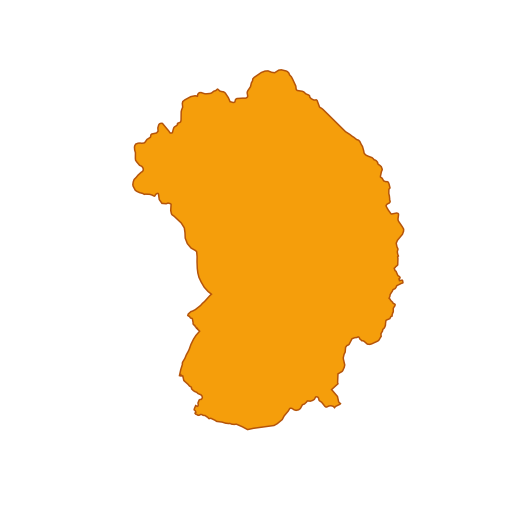 the district of Baños de Agua Santa, Tungurahua, Ecuador, rotated 315°
{"feature_id": "8360857B58135855754809", "entity_name": "Baños de Agua Santa", "entity_type": "district", "adm_level": 2, "iso_a3": "ECU", "parent_name": "Ecuador", "parent_adm1": "Tungurahua", "projection": "albers", "projection_center": [-78.297, -1.33], "detail": "fine", "context": "isolated", "style": "filled", "palette": "amber", "viewbox_px": 512, "rotation_deg": 315, "n_neighbors": 0, "source": "geoboundaries", "source_scale": "gbopen_adm2", "svg_char_len": 6142}
<svg xmlns="http://www.w3.org/2000/svg" viewBox="0 0 512 512"><g transform="rotate(315 256 256)"><path d="M403.6,140.7L398.8,139.6L396.9,137.1L395.4,133.6L393.1,131.6L389.5,130.0L381.0,128.4L379.0,128.5L377.4,129.7L375.2,130.3L371.8,132.4L367.2,133.3L365.9,133.8L365.1,134.4L363.2,137.1L362.1,137.6L360.4,137.2L358.0,134.8L353.9,131.2L353.0,130.9L352.1,130.9L350.1,132.1L349.1,131.9L348.3,131.2L346.8,128.5L348.4,124.5L349.5,119.1L349.4,118.0L349.1,116.9L348.1,115.6L347.1,113.9L346.9,110.9L346.5,110.7L344.6,110.6L342.6,109.6L339.8,109.3L338.5,108.6L335.1,105.8L334.3,104.7L332.7,101.5L331.5,100.5L330.5,100.3L329.1,100.5L327.6,101.6L327.3,101.5L327.3,101.1L326.7,100.2L325.9,99.4L322.6,97.2L316.2,95.3L313.5,95.0L311.8,96.0L309.4,98.9L306.7,100.1L305.1,101.1L299.0,107.0L298.0,107.6L297.5,107.8L296.8,107.8L294.6,106.8L294.0,106.9L293.8,107.4L293.0,107.6L292.0,107.6L289.7,107.1L288.9,107.1L287.5,107.7L284.4,109.5L283.7,109.6L282.8,109.0L282.4,108.4L282.3,107.9L282.7,105.9L283.6,96.1L282.9,95.2L282.0,94.6L281.1,94.3L279.9,94.5L277.2,96.0L275.0,98.5L272.7,98.7L268.5,96.0L267.4,96.0L265.5,97.3L265.0,97.3L261.3,96.5L257.8,97.1L256.7,96.9L254.9,95.5L254.1,94.4L252.5,92.9L250.1,91.8L248.2,92.3L247.0,93.1L245.2,95.2L243.8,97.7L239.8,101.6L238.6,103.1L238.2,105.1L237.8,109.5L238.6,111.7L238.5,113.2L237.9,114.7L236.6,115.8L235.2,115.9L234.0,115.6L230.0,115.4L226.8,115.7L224.1,115.7L223.5,115.9L221.6,116.8L219.4,118.4L218.5,119.7L217.1,124.2L217.5,126.2L218.5,128.9L220.1,131.6L220.6,133.4L221.7,134.2L224.5,137.3L225.6,139.4L226.4,141.8L226.9,142.0L228.3,141.6L229.6,141.6L230.7,142.1L230.9,142.4L231.0,142.8L230.7,143.4L227.5,147.7L226.7,152.3L229.4,155.5L231.3,156.4L232.5,158.5L232.5,159.4L227.8,163.6L226.1,166.3L225.8,167.5L226.2,169.9L226.5,179.7L225.2,185.4L222.2,189.4L218.6,193.3L216.2,198.7L215.7,204.5L217.1,209.5L217.0,211.1L213.9,214.8L210.3,218.3L205.6,223.4L202.8,227.0L200.5,230.9L200.1,232.1L198.8,235.7L197.3,241.5L197.0,247.2L197.5,251.5L195.3,251.4L187.4,251.8L184.6,251.6L182.0,251.8L175.1,251.0L172.0,250.0L170.8,249.3L167.1,249.1L165.7,249.8L165.7,250.1L165.9,251.0L166.3,251.5L165.9,253.0L166.0,254.0L166.6,254.8L166.6,255.4L164.3,258.8L163.5,259.5L163.3,260.9L163.6,261.8L163.1,262.9L163.2,264.1L162.8,265.1L163.4,265.5L163.3,266.0L162.8,266.6L163.0,267.6L163.0,269.3L157.3,269.7L153.1,270.6L147.5,272.5L142.9,274.7L140.7,275.5L136.9,276.6L133.3,278.1L129.0,279.2L128.1,279.7L127.3,280.6L122.5,283.1L117.7,286.2L118.1,286.4L117.8,286.8L118.7,286.9L118.1,287.8L118.6,288.2L119.0,288.1L119.4,289.1L118.8,289.8L118.8,290.2L118.1,291.1L117.1,292.7L117.1,293.2L116.9,293.3L117.2,298.7L117.0,300.9L117.5,302.9L117.3,303.5L116.5,304.3L116.5,306.9L116.9,308.7L117.7,310.5L117.7,312.1L118.3,313.8L119.0,315.2L118.8,315.6L118.8,317.0L117.9,318.2L117.0,318.6L115.9,318.7L115.2,318.0L114.2,317.6L113.3,317.9L111.0,318.9L109.9,320.5L108.8,321.0L108.1,320.8L107.6,319.1L104.6,320.3L103.5,321.0L103.7,322.3L103.0,324.0L102.0,323.9L101.6,324.2L101.6,325.4L102.1,326.4L102.2,327.2L102.6,327.9L103.4,328.5L104.8,328.9L105.2,329.4L105.6,329.8L105.9,331.2L107.3,333.0L107.4,334.7L107.8,335.5L107.7,337.6L107.9,337.9L109.3,338.8L110.9,343.3L111.2,345.1L114.6,349.5L116.2,352.6L118.4,355.4L119.1,355.8L119.9,357.7L121.5,359.7L123.2,361.0L125.6,367.1L127.3,372.8L132.3,376.0L148.9,388.6L152.5,389.6L158.9,390.2L162.8,389.0L169.3,388.4L172.0,387.7L172.9,388.1L173.7,389.3L174.2,391.8L175.2,393.5L177.4,394.9L179.5,395.2L183.7,394.0L185.6,394.9L188.3,395.0L189.8,394.8L191.8,397.1L194.0,398.2L195.9,398.6L198.3,397.9L198.9,398.0L199.6,398.8L199.9,399.6L199.8,400.5L198.6,402.6L198.5,403.2L199.0,405.9L198.4,411.1L198.7,412.4L199.7,413.0L201.3,413.5L203.1,414.8L204.3,416.9L204.3,418.8L205.2,418.6L206.5,418.8L210.2,420.1L211.1,420.2L211.4,420.1L211.2,418.7L211.3,417.6L214.3,412.9L215.0,403.9L223.6,404.3L224.2,403.2L230.6,397.3L235.3,398.5L236.3,398.4L239.7,397.1L241.7,395.8L244.8,390.8L245.7,389.7L248.7,387.8L251.1,387.0L254.8,383.9L257.0,383.6L258.4,384.2L259.3,384.3L265.4,382.4L268.1,383.6L269.6,384.9L271.1,385.4L271.3,385.8L271.3,386.6L270.7,388.5L270.9,389.4L270.9,390.8L271.7,391.5L272.1,392.7L272.4,397.0L273.9,398.9L275.6,399.9L282.1,402.3L283.5,402.4L287.0,401.4L287.5,401.5L289.4,399.3L292.5,398.5L293.6,397.6L295.8,397.6L297.1,397.2L298.7,396.4L299.5,395.6L302.1,393.6L302.8,393.5L306.3,394.9L308.6,394.2L309.8,394.7L310.8,393.7L311.9,393.3L312.3,392.8L313.3,392.7L314.2,392.0L315.8,390.3L316.6,389.9L319.1,389.4L320.1,388.6L320.1,388.0L319.6,386.7L319.6,386.1L319.9,385.3L319.8,382.9L320.3,381.0L320.2,380.0L322.3,379.1L323.6,378.1L327.7,377.2L328.9,376.7L329.7,376.8L330.8,377.3L331.7,377.4L333.4,377.0L334.5,376.5L339.6,378.2L340.6,378.8L341.0,378.8L342.2,377.2L342.3,376.4L340.0,374.9L340.9,373.3L341.5,373.6L342.6,373.1L342.8,372.8L342.8,371.4L342.5,370.4L342.7,369.6L344.2,365.8L344.0,364.6L345.1,362.4L346.6,362.5L347.3,362.3L348.0,362.5L349.9,362.5L354.5,358.2L355.6,356.7L356.7,356.7L357.3,355.2L358.6,353.3L359.3,352.6L360.9,351.8L361.5,351.1L362.2,349.1L364.2,346.1L367.2,344.9L374.9,344.2L377.9,342.8L379.4,341.4L380.1,338.9L381.3,332.5L381.7,331.3L382.6,330.2L386.0,327.6L386.5,326.9L386.5,326.3L385.9,325.1L381.6,322.2L381.3,321.5L382.1,316.7L383.1,313.2L383.5,312.4L384.5,312.1L385.7,312.1L387.8,312.8L388.9,312.6L389.6,312.1L390.2,310.7L390.7,310.4L392.8,307.8L394.1,305.7L397.1,302.8L398.9,302.6L400.9,299.3L401.7,297.4L401.3,296.1L400.3,295.2L399.4,293.1L400.2,290.2L399.8,288.2L400.5,287.5L404.4,285.0L406.2,284.3L406.8,283.5L407.7,281.5L407.7,279.9L407.3,277.5L407.6,276.5L408.2,275.8L408.4,273.8L408.2,272.7L407.5,271.3L407.7,270.4L407.6,268.5L405.8,264.5L405.1,262.5L405.0,261.2L405.3,259.5L406.5,257.8L408.7,253.9L409.4,251.2L410.4,248.4L410.4,246.6L409.5,244.8L409.1,241.1L408.7,239.6L408.3,236.3L407.2,231.4L407.0,199.8L406.8,197.9L406.3,196.3L406.3,195.5L409.2,189.2L409.0,188.1L407.9,187.4L407.1,186.4L406.3,183.9L406.3,181.9L407.1,180.7L407.1,179.5L405.9,176.6L405.8,173.7L405.1,172.1L402.4,168.4L402.1,167.3L402.3,166.5L404.3,164.0L407.1,156.4L407.7,154.3L407.8,151.7L408.6,149.8L408.6,147.8L408.1,146.4L405.6,142.3L403.6,140.7Z" fill="#f59e0b" stroke="#b45309" stroke-width="1.5"/></g></svg>